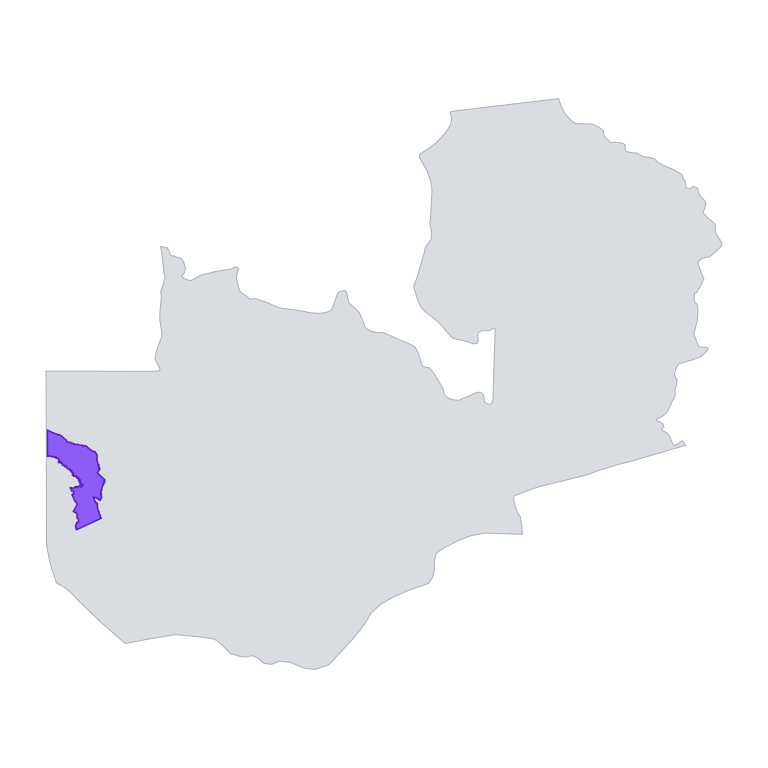 Kalabo, Western, Zambia shown in context
{"feature_id": "96606910B70334566672203", "entity_name": "Kalabo", "entity_type": "district", "adm_level": 2, "iso_a3": "ZMB", "parent_name": "Zambia", "parent_adm1": "Western", "projection": "albers", "projection_center": [22.442, -14.856], "detail": "fine", "context": "in_parent", "style": "filled", "palette": "violet", "viewbox_px": 768, "rotation_deg": 0, "n_neighbors": 0, "source": "geoboundaries", "source_scale": "gbopen_adm2", "svg_char_len": 9134}
<svg xmlns="http://www.w3.org/2000/svg" viewBox="0 0 768 768"><path d="M522.4,534.3L484.7,533.1L470.9,535.7L459.5,540.0L445.9,546.9L438.0,551.8L435.8,554.6L434.5,560.8L434.3,570.4L432.7,577.3L428.5,583.5L407.9,590.6L394.5,596.5L381.3,603.6L371.2,613.0L364.2,624.7L352.7,639.1L328.8,664.8L315.2,669.4L303.9,668.1L290.4,662.4L279.5,661.1L271.4,664.4L264.0,663.3L257.3,657.7L251.6,655.6L247.0,657.0L241.1,656.7L230.3,653.5L221.1,644.0L216.1,640.1L212.2,638.6L201.0,637.0L175.4,634.6L148.7,639.0L125.2,643.6L101.4,622.7L78.4,600.7L73.6,595.1L64.9,587.7L58.6,584.1L56.2,582.3L49.9,562.7L46.5,544.6L46.1,371.1L152.8,371.3L159.7,370.7L160.0,368.8L155.1,359.5L155.4,356.2L156.8,350.0L161.5,337.4L161.9,333.2L159.8,319.6L160.0,311.9L161.4,296.5L160.7,291.3L163.3,284.4L164.1,279.8L165.1,277.8L164.0,272.5L161.9,254.2L160.7,246.5L167.2,247.7L169.3,251.5L170.5,255.6L173.4,255.9L181.1,258.4L183.7,261.8L185.4,269.2L184.3,272.9L181.8,275.9L184.2,278.6L189.3,280.5L192.3,280.0L201.0,275.0L209.0,273.3L213.1,272.0L230.9,268.9L234.5,267.2L236.9,267.2L238.7,268.7L237.0,273.8L236.4,278.5L238.5,287.2L240.1,291.3L243.8,294.3L246.4,295.9L249.4,299.1L255.5,298.6L269.1,303.3L273.1,305.4L278.8,307.6L282.9,308.4L296.8,310.2L311.6,312.9L319.2,313.3L324.7,312.8L328.5,311.6L330.9,310.2L332.0,309.0L337.9,292.6L340.7,291.3L344.4,290.5L346.5,292.1L348.7,302.6L359.2,312.3L362.7,320.3L365.2,327.1L367.4,329.1L371.4,331.5L377.9,332.5L383.7,332.8L412.1,345.1L415.2,347.3L418.5,353.6L420.5,360.6L422.6,366.2L426.3,367.4L429.5,367.9L432.7,371.7L435.1,375.1L443.2,389.0L444.2,394.5L448.2,398.2L453.7,399.9L458.9,400.3L461.9,398.7L469.3,396.1L475.1,393.1L479.3,392.1L481.7,392.9L483.5,395.2L484.5,402.0L488.5,404.5L491.6,403.6L492.8,401.0L492.9,399.7L495.2,328.4L492.5,328.8L489.2,330.7L481.6,330.7L478.5,332.2L477.5,334.4L478.0,337.4L478.1,341.4L476.9,343.3L473.5,343.9L468.8,342.2L460.1,339.9L452.8,338.4L447.8,333.0L440.9,324.7L436.4,320.5L425.4,311.8L423.6,310.0L420.3,306.0L417.6,299.3L415.0,291.5L413.6,286.5L416.5,279.1L423.7,254.6L425.5,246.9L431.2,239.3L431.7,232.3L429.8,223.3L430.5,218.4L432.0,190.2L430.7,181.3L427.3,171.3L419.5,157.3L419.6,154.4L432.4,145.8L436.3,142.6L443.1,135.5L447.7,129.5L450.6,124.6L451.8,118.2L449.8,112.0L454.2,111.0L558.7,98.6L560.0,102.9L562.9,110.0L566.3,115.2L570.6,119.9L574.3,122.8L576.8,123.7L592.8,124.1L598.4,127.0L603.3,130.7L604.3,136.1L607.5,139.6L610.9,142.4L612.4,142.8L615.1,142.3L619.4,142.4L623.3,143.7L625.1,145.0L625.1,149.5L626.2,151.6L631.6,152.6L637.1,153.2L642.3,156.5L648.0,157.2L654.5,158.8L657.5,162.2L664.4,165.9L672.9,169.3L682.2,174.8L682.3,176.3L683.8,179.3L685.4,181.5L685.3,184.6L686.0,187.6L688.4,188.4L690.4,188.7L692.4,186.7L694.9,186.8L697.6,188.3L698.4,191.7L700.4,196.2L703.7,199.5L705.9,202.5L704.9,207.9L703.1,212.7L707.7,217.8L713.6,222.7L715.2,224.8L715.3,231.7L716.2,234.0L720.1,239.9L721.9,243.8L721.7,246.0L709.9,256.7L702.9,258.1L699.7,260.3L697.8,262.6L701.7,274.0L703.9,278.4L701.7,283.7L696.8,292.5L694.7,293.2L694.0,300.1L695.2,302.6L697.3,304.7L698.0,309.4L697.3,321.0L693.8,334.0L698.3,345.7L700.0,347.0L706.9,347.5L708.1,348.5L706.3,351.7L701.1,356.5L692.1,360.0L679.1,363.7L676.3,367.7L674.3,373.7L675.6,377.3L677.2,379.4L676.4,384.7L675.0,390.2L675.2,394.6L674.4,398.4L672.7,400.2L670.2,406.0L667.2,411.7L664.9,414.3L661.6,416.9L656.4,419.1L656.5,420.2L662.1,423.2L663.4,425.2L663.9,426.5L661.4,429.3L663.9,431.2L667.1,432.9L669.9,436.9L673.0,444.5L673.6,445.2L674.6,445.4L676.5,444.7L680.1,441.9L682.7,440.9L685.6,445.3L631.9,461.0L619.3,464.2L600.5,469.9L594.4,472.0L589.5,474.2L539.9,486.5L532.1,489.0L514.5,495.6L513.8,496.8L513.9,500.1L515.2,507.0L518.0,513.3L520.4,517.0L521.8,526.2L522.4,534.3Z" fill="#d9dde1" stroke="#a8b0b8" stroke-width="1"/><path d="M105.0,480.0L97.3,472.8L97.8,472.5L98.0,471.9L97.9,471.6L98.9,470.7L98.8,470.1L99.6,469.8L99.9,469.2L99.8,468.9L99.5,469.1L99.2,468.5L98.9,468.4L98.9,467.9L99.4,467.3L98.7,466.8L98.4,465.9L98.7,465.8L98.7,465.5L99.0,465.1L99.0,464.8L98.1,464.5L98.1,464.0L97.7,463.2L97.8,462.8L97.3,461.8L97.4,461.0L96.4,460.2L96.5,459.8L97.0,459.6L97.2,459.0L96.9,457.9L97.0,457.1L97.3,456.4L97.1,456.0L97.2,455.0L96.7,454.1L95.9,453.3L95.4,452.1L94.7,452.0L94.7,451.7L93.9,451.3L93.3,451.5L92.2,451.1L91.6,450.1L90.2,450.0L89.8,449.6L89.6,448.9L89.1,448.4L88.3,448.3L88.2,447.9L87.7,447.7L87.2,446.7L86.8,446.7L86.1,446.2L85.7,445.7L84.5,445.8L83.2,446.6L83.0,445.4L82.8,445.3L82.4,445.2L81.9,445.5L81.6,445.2L80.7,445.2L79.5,444.9L79.1,444.9L78.3,444.6L78.1,444.7L77.7,444.2L76.2,444.6L75.5,444.4L75.1,444.4L74.5,444.2L74.4,443.8L73.2,443.7L72.8,443.6L72.8,443.3L72.0,443.3L71.9,443.1L71.4,443.0L70.8,442.7L70.7,442.3L70.1,442.3L69.8,442.5L69.5,442.3L68.8,442.4L67.4,441.9L66.7,441.0L66.6,440.6L66.1,440.0L65.9,439.6L64.5,438.7L62.1,436.5L59.6,434.8L58.5,434.5L57.8,434.7L55.4,433.5L54.6,433.4L53.6,432.8L53.0,432.9L52.3,432.5L50.8,431.8L50.8,431.6L50.6,431.4L49.9,431.5L48.9,430.8L47.4,430.1L47.5,456.2L47.9,456.0L48.1,456.2L48.3,456.1L48.6,456.3L49.1,456.0L50.3,456.0L50.9,456.5L51.6,456.5L52.2,456.9L52.8,456.7L53.3,456.9L54.2,456.6L54.8,457.2L55.1,457.5L55.3,457.3L55.5,457.6L55.7,457.9L56.1,458.1L56.2,457.6L56.3,457.8L56.4,457.7L56.9,457.7L57.0,457.9L57.3,458.3L57.8,458.4L58.2,458.9L58.4,458.9L58.6,459.2L58.8,459.3L59.3,459.9L59.4,460.5L59.2,460.5L59.4,460.7L58.9,460.8L59.1,460.8L58.9,461.2L59.1,461.1L59.1,461.4L59.4,461.5L59.2,461.9L59.4,461.8L59.4,462.1L59.7,462.1L59.7,462.3L59.8,462.2L59.8,462.4L60.1,462.3L60.6,462.7L60.8,462.3L61.0,462.6L61.1,462.3L61.5,462.3L61.5,463.0L61.9,463.3L61.9,463.7L62.2,464.0L62.3,463.9L62.4,464.3L62.6,464.2L62.6,464.7L62.4,464.6L62.4,465.0L62.6,464.9L62.5,465.0L62.8,464.8L63.2,465.4L63.4,465.2L63.8,465.2L63.7,465.5L64.1,465.6L64.3,465.9L64.5,465.8L64.6,466.0L64.8,465.6L65.3,465.9L65.6,465.8L65.6,466.0L65.8,465.8L65.7,466.0L65.9,465.9L65.9,466.1L66.1,465.9L66.0,466.2L66.2,466.4L66.1,466.8L66.6,467.0L66.8,467.5L66.9,467.4L66.8,467.5L67.2,468.4L67.3,468.2L67.4,468.3L67.6,468.3L68.1,468.6L68.3,468.6L68.8,469.2L69.2,469.0L69.5,469.6L69.7,469.4L69.8,469.5L70.0,469.3L70.4,469.8L70.2,469.8L70.8,470.0L70.7,470.1L70.8,470.1L71.0,470.4L70.8,470.6L71.2,470.6L71.0,471.2L71.5,471.8L71.7,471.7L71.6,472.1L72.2,472.3L72.1,472.5L72.3,472.6L72.3,472.8L73.0,473.1L72.9,473.2L73.1,473.4L72.9,473.5L73.0,473.9L72.8,474.1L73.0,474.1L72.6,474.7L72.6,474.9L72.9,474.8L72.9,475.2L73.0,475.4L73.3,475.6L73.5,475.4L73.6,475.9L73.8,475.7L74.0,476.0L74.1,475.9L74.2,476.2L74.5,476.1L75.0,476.4L75.1,476.2L75.3,476.6L75.3,476.4L75.7,476.3L75.6,476.2L75.7,476.3L75.9,476.4L76.0,476.2L76.3,476.6L76.5,476.5L76.8,476.8L76.7,477.2L77.0,477.2L77.1,477.6L77.3,477.6L77.2,477.8L77.4,477.8L77.2,477.9L77.4,478.2L78.1,478.1L78.1,478.6L78.3,478.7L78.5,478.7L78.8,478.7L78.6,479.2L78.9,479.1L78.9,479.6L79.0,479.3L79.1,479.6L79.2,479.4L79.4,479.5L79.2,479.7L79.4,479.9L79.3,480.1L79.5,480.3L79.4,480.5L79.6,480.5L79.3,480.7L79.6,480.9L79.4,481.0L79.7,481.1L79.5,481.4L79.8,481.6L79.4,481.6L79.5,481.8L79.8,481.9L79.6,482.0L79.7,482.3L80.1,482.4L79.8,482.7L80.0,482.9L79.8,483.0L80.1,483.3L80.0,483.8L80.1,484.1L80.4,484.0L80.6,484.2L81.0,484.6L81.1,484.3L81.4,484.4L81.6,484.3L81.7,484.0L82.0,483.9L82.1,484.1L82.6,484.5L82.4,484.8L82.6,485.1L82.9,485.3L82.8,485.6L83.0,485.7L81.5,485.6L81.3,486.1L81.5,486.7L81.4,487.0L80.2,487.0L80.2,486.6L80.4,486.6L80.4,486.3L79.8,485.9L79.6,486.1L78.8,486.1L78.6,486.3L77.9,486.6L77.9,487.1L77.5,487.5L77.1,487.2L76.7,487.4L76.4,487.0L76.1,487.1L76.2,486.7L75.9,486.8L75.5,486.6L75.1,486.7L75.1,487.3L74.6,487.3L74.3,487.8L73.7,488.1L72.8,488.1L71.6,487.7L71.1,487.9L70.5,487.6L70.2,487.9L70.7,488.9L71.6,489.5L71.5,490.9L72.0,491.1L73.1,490.9L73.8,491.4L73.7,492.4L73.4,492.9L73.7,493.1L73.7,493.8L73.4,494.2L73.0,493.9L72.5,494.6L72.0,494.7L74.9,501.2L76.0,502.3L77.3,504.4L73.3,511.5L76.7,513.2L76.6,513.6L77.3,515.5L77.2,516.2L76.7,517.4L77.2,518.2L77.8,518.5L78.7,520.5L78.7,521.1L78.3,521.7L77.5,522.0L76.5,522.9L76.7,523.6L75.8,525.0L75.5,525.7L75.5,526.2L75.8,526.6L75.7,527.1L76.2,527.6L76.3,528.1L76.1,528.5L76.5,528.6L76.3,528.7L76.4,529.0L76.2,529.7L75.9,530.0L101.1,518.4L100.9,518.0L101.0,517.6L100.4,517.4L100.4,516.4L100.1,516.0L100.3,515.5L99.9,514.7L99.0,513.7L99.2,513.2L99.0,511.7L98.7,511.7L98.6,511.0L98.3,510.9L97.8,509.7L97.9,509.2L97.6,508.4L97.8,507.7L97.2,507.1L97.1,506.9L97.4,506.3L97.4,505.0L97.2,504.6L97.5,504.3L97.5,503.8L97.2,503.6L96.9,503.8L96.5,502.6L95.9,502.7L95.2,502.4L95.4,501.3L94.4,500.0L94.2,498.5L93.9,498.3L93.7,497.6L93.7,497.4L93.6,497.0L95.4,497.9L95.9,497.5L96.1,497.5L96.6,498.1L97.1,498.2L97.3,498.4L97.6,498.3L97.7,498.9L98.4,498.8L98.7,499.1L98.7,499.7L98.9,499.9L99.4,499.7L99.7,499.8L100.1,500.3L100.4,500.3L100.4,499.8L100.8,498.9L100.9,498.1L101.5,497.9L101.7,497.6L101.2,496.8L101.5,496.0L100.9,495.5L101.2,494.6L100.5,494.1L100.7,493.8L101.2,493.8L101.5,493.6L101.0,492.9L101.1,492.0L100.7,491.3L101.4,490.8L101.7,490.3L101.7,489.8L101.4,489.6L101.4,489.2L101.9,488.7L102.4,486.5L103.0,485.7L103.0,484.8L103.8,484.3L103.8,484.0L103.4,483.6L103.3,483.2L103.6,482.8L104.6,482.5L104.8,482.0L104.7,481.6L104.1,481.3L104.0,480.7L104.7,480.5L105.0,480.0Z" fill="#8b5cf6" stroke="#5b21b6" stroke-width="1.5"/></svg>